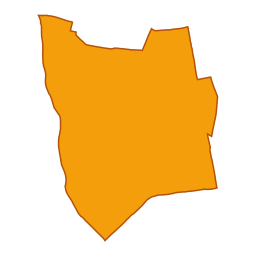 Wang Thonglang, Bangkok Metropolis, Thailand (Albers equal-area conic projection)
{"feature_id": "78962969B59221573730573", "entity_name": "Wang Thonglang", "entity_type": "district", "adm_level": 2, "iso_a3": "THA", "parent_name": "Thailand", "parent_adm1": "Bangkok Metropolis", "projection": "albers", "projection_center": [100.609, 13.777], "detail": "fine", "context": "isolated", "style": "filled", "palette": "amber", "viewbox_px": 256, "rotation_deg": 0, "n_neighbors": 0, "source": "geoboundaries", "source_scale": "gbopen_adm2", "svg_char_len": 5151}
<svg xmlns="http://www.w3.org/2000/svg" viewBox="0 0 256 256"><path d="M151.5,28.7L149.7,32.6L148.6,34.9L146.8,39.5L145.3,43.3L142.3,50.4L139.2,50.1L138.3,50.1L136.6,50.0L134.8,49.9L133.3,49.9L132.2,49.9L131.6,49.8L130.5,49.7L129.5,49.6L127.5,49.3L126.3,49.2L124.8,49.0L123.2,48.8L121.8,48.7L119.4,48.5L118.3,48.3L118.1,48.3L117.7,48.2L116.6,48.2L114.8,48.1L114.3,48.2L114.0,48.2L113.8,48.3L113.4,48.5L112.9,48.6L112.5,48.7L112.1,48.8L111.8,48.9L111.3,48.9L110.9,48.9L110.3,48.8L108.8,48.6L107.4,48.4L105.0,48.1L102.4,47.7L100.8,47.4L98.1,47.0L95.9,46.6L93.3,46.1L91.1,45.7L88.7,45.2L87.3,44.9L86.6,44.8L86.2,44.6L85.9,44.5L85.7,44.4L85.4,44.1L84.9,43.7L84.2,43.0L82.7,41.5L80.2,39.3L78.6,37.7L75.9,34.9L76.1,32.1L75.8,32.0L75.0,31.8L72.0,31.2L70.4,30.8L70.6,29.6L71.0,28.2L71.4,26.4L71.9,24.5L72.3,23.1L72.4,22.2L72.1,22.1L71.7,21.9L68.6,21.2L68.3,21.1L66.8,20.7L66.1,20.5L65.4,20.2L65.1,20.1L64.8,20.0L64.2,19.8L63.6,19.6L63.0,19.4L61.8,19.0L61.1,18.8L58.7,18.0L57.5,17.6L57.3,17.5L57.2,17.5L55.4,17.0L53.1,16.5L53.0,16.4L50.9,16.0L50.7,16.0L50.0,15.9L49.7,15.9L49.4,15.8L49.0,15.8L47.9,15.6L47.1,15.4L46.8,15.4L46.0,15.4L45.4,15.4L43.7,15.5L43.0,15.5L41.9,15.5L40.3,15.5L38.5,15.4L38.8,15.9L39.7,18.1L40.3,19.8L40.6,20.8L40.7,21.3L40.6,22.5L40.6,22.9L40.7,23.5L40.8,23.9L40.9,24.1L41.0,24.3L41.2,24.6L41.3,24.8L41.4,26.2L41.5,26.5L41.5,28.2L41.5,30.3L41.6,35.4L41.8,37.4L41.9,38.0L42.1,38.9L42.3,40.1L42.8,44.8L42.8,48.5L42.9,51.2L42.7,52.1L42.8,53.8L42.7,54.1L42.9,57.5L43.0,62.2L43.1,62.9L43.5,65.4L43.6,66.2L44.5,68.6L45.3,71.9L45.4,72.1L45.7,74.2L45.7,75.8L45.5,79.1L45.4,82.0L45.4,82.8L45.6,83.9L45.8,85.1L46.1,86.6L46.4,87.4L47.7,90.7L48.9,93.6L49.0,93.8L49.4,94.2L49.8,94.7L50.0,95.0L50.2,95.4L51.1,97.9L51.5,98.6L51.8,99.7L52.8,103.1L53.7,106.2L53.8,106.8L54.3,107.9L55.3,109.4L57.8,113.1L59.8,116.0L60.1,116.8L60.2,117.5L60.4,119.3L60.5,119.9L60.5,121.3L60.5,124.7L60.5,124.8L60.5,125.2L60.5,125.7L60.6,127.5L60.4,129.9L59.9,132.4L59.5,134.8L59.5,135.1L58.9,137.0L58.8,137.8L58.6,140.7L58.6,141.4L58.6,142.3L58.5,144.1L58.7,147.2L59.2,150.4L59.4,151.8L59.5,152.8L60.1,155.9L60.2,156.4L60.8,160.3L61.5,164.1L61.5,164.4L62.0,165.8L63.1,168.4L64.7,172.3L65.0,173.4L65.6,175.5L65.8,176.9L66.0,178.9L66.1,179.3L66.1,179.8L66.0,181.3L66.0,181.5L65.9,182.7L65.6,184.1L65.7,184.8L65.3,185.5L65.2,185.6L65.1,186.0L65.1,186.3L65.3,186.9L65.4,187.0L65.4,187.4L65.5,188.6L66.1,191.0L66.3,191.6L66.8,192.9L68.7,196.2L71.1,199.8L71.3,200.1L72.2,201.7L73.3,204.0L73.7,204.6L75.2,207.4L78.5,213.4L78.9,213.9L79.3,214.5L80.0,215.3L80.9,216.3L81.2,216.5L82.6,217.5L82.9,217.7L83.2,218.0L85.0,220.1L85.6,220.7L88.3,223.3L91.7,226.7L93.4,228.4L100.5,235.5L103.6,238.5L105.0,240.6L108.6,237.0L111.3,234.4L112.7,233.2L115.2,231.0L117.4,228.8L118.4,227.9L121.0,225.6L122.2,224.4L123.8,222.9L126.3,220.2L126.8,219.6L128.3,218.3L129.8,216.7L130.0,216.4L131.8,214.8L133.4,213.9L133.7,213.6L134.3,213.0L135.6,211.9L136.3,211.2L137.6,210.0L138.8,208.8L139.6,208.0L142.0,205.6L143.1,204.5L143.3,204.3L144.2,203.2L144.3,203.0L144.4,202.9L145.8,201.3L145.9,201.2L146.1,201.0L146.2,200.9L147.1,199.7L147.5,199.5L148.1,199.3L149.0,198.5L149.1,198.4L150.7,197.5L152.1,196.8L152.3,196.7L152.6,196.6L152.9,196.6L158.8,195.0L161.5,194.9L162.5,194.9L164.4,194.7L166.1,194.6L167.6,194.4L169.2,194.2L169.5,194.0L172.9,193.5L173.2,193.4L173.4,193.4L174.1,193.0L176.5,192.6L178.7,192.3L181.0,192.1L183.7,191.9L183.9,191.9L184.1,191.9L185.0,191.9L186.6,191.7L187.4,191.5L188.5,191.4L190.6,191.2L191.7,191.1L192.6,191.0L194.1,190.8L195.3,190.7L195.5,190.7L196.5,190.4L200.1,189.9L202.3,189.6L202.6,189.6L202.6,189.4L202.8,189.3L204.9,189.1L205.0,189.1L205.1,189.3L205.5,189.4L207.9,189.4L208.0,189.4L211.2,189.2L211.6,189.2L214.7,188.5L216.3,188.1L216.9,188.0L216.1,183.3L215.7,180.9L215.2,178.0L215.2,177.4L215.0,176.2L214.8,174.7L214.5,173.4L214.0,170.6L213.4,167.2L212.8,164.4L212.5,162.7L212.1,160.5L211.9,159.4L211.6,158.6L211.2,157.2L210.9,155.3L210.7,154.4L210.3,152.0L209.9,150.2L209.9,149.6L209.9,149.4L210.3,147.7L209.7,144.7L208.9,141.5L208.4,138.9L207.7,136.1L207.5,134.0L209.1,134.9L211.6,136.4L212.2,133.4L212.8,129.8L213.7,125.7L214.1,123.8L214.7,120.6L215.3,118.1L215.6,116.5L216.0,113.9L216.1,113.6L216.2,112.4L216.6,108.2L216.9,104.5L217.1,102.3L217.3,100.0L217.4,98.3L217.5,97.3L217.5,97.1L217.5,96.9L217.5,96.6L217.4,96.4L217.1,95.5L216.4,93.7L215.8,92.1L215.0,90.0L214.1,87.9L213.2,85.4L212.8,84.1L212.3,82.8L212.0,81.9L211.7,81.1L211.4,79.9L210.8,77.3L210.7,77.1L209.3,77.3L206.8,77.8L205.1,78.1L200.2,79.1L197.6,79.6L196.9,77.4L196.1,73.5L195.7,70.8L195.4,69.4L195.1,66.8L194.8,64.5L194.3,61.3L194.0,59.7L193.6,57.8L193.0,54.8L192.6,52.8L192.2,49.8L192.1,48.8L191.9,48.4L191.3,46.1L191.2,45.8L191.2,45.3L191.0,43.9L191.0,43.5L190.5,41.9L190.1,40.4L190.1,39.7L190.1,39.3L190.1,39.1L189.8,37.6L189.6,36.4L189.1,33.6L188.8,32.1L188.3,29.1L187.9,27.0L187.8,26.8L187.6,26.8L184.3,27.7L181.4,28.3L179.4,28.6L177.4,28.8L176.5,28.9L174.7,29.1L172.3,29.4L171.4,29.5L170.6,29.8L170.4,29.9L170.2,29.9L166.9,29.9L162.8,30.2L159.5,30.4L156.5,30.7L155.2,30.7L154.9,30.6L153.7,30.1L153.0,29.8L152.0,29.1L151.5,28.7Z" fill="#f59e0b" stroke="#b45309" stroke-width="1.5"/></svg>